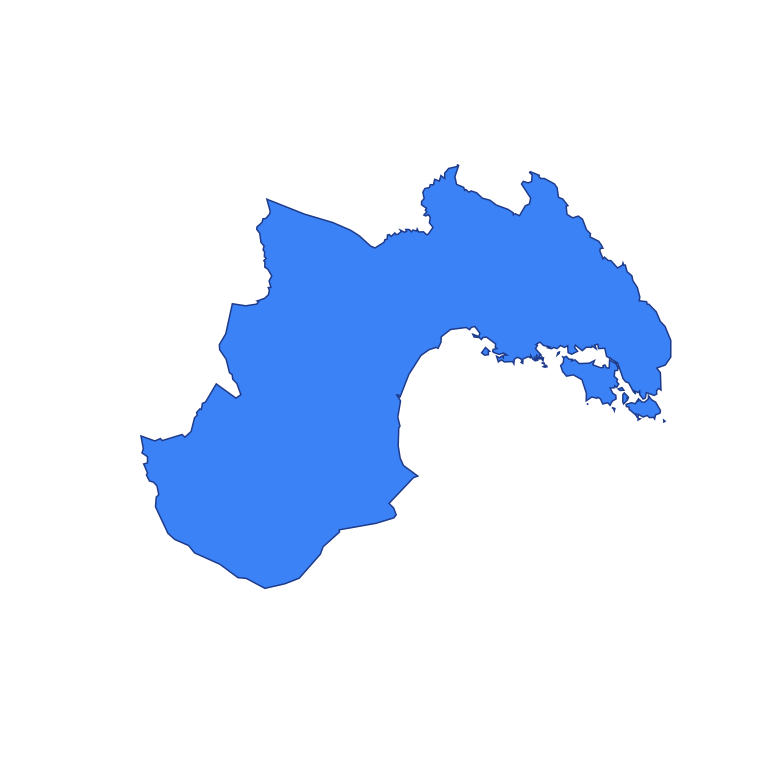 Pangasinan, Dagupan, Philippines, rotated 138°
{"feature_id": "2640588B43628149657030", "entity_name": "Pangasinan", "entity_type": "district", "adm_level": 2, "iso_a3": "PHL", "parent_name": "Philippines", "parent_adm1": "Dagupan", "projection": "natural_earth1", "projection_center": [119.981, 16.031], "detail": "fine", "context": "isolated", "style": "filled", "palette": "blue", "viewbox_px": 768, "rotation_deg": 138, "n_neighbors": 0, "source": "geoboundaries", "source_scale": "gbopen_adm2", "svg_char_len": 6189}
<svg xmlns="http://www.w3.org/2000/svg" viewBox="0 0 768 768"><g transform="rotate(138 384 384)"><path d="M462.5,278.6L459.8,285.4L460.2,291.9L424.8,294.7L420.5,293.0L424.1,310.4L421.6,318.1L414.8,328.6L402.5,341.4L400.3,342.0L396.0,350.1L383.1,360.3L381.8,367.3L380.4,365.9L381.9,364.2L380.8,363.6L359.1,374.5L337.4,380.5L327.7,379.4L320.7,376.3L320.0,374.3L313.7,376.9L309.9,380.8L298.1,380.0L285.1,371.0L284.0,367.1L281.1,367.7L278.0,365.9L278.8,357.5L281.9,355.9L284.7,361.5L285.6,358.7L282.1,354.8L281.9,351.9L279.3,352.4L276.4,350.2L274.2,339.1L276.6,337.0L276.4,334.8L279.8,336.7L281.5,335.4L280.9,333.9L281.7,334.7L278.7,329.0L274.5,327.1L273.3,323.4L276.2,325.6L277.8,323.7L277.9,326.0L280.6,326.2L281.8,329.3L284.2,323.9L280.7,323.5L279.7,319.8L273.4,314.6L274.0,312.1L270.6,315.2L267.1,314.7L265.5,311.6L265.9,308.8L267.7,308.3L267.1,306.5L264.0,309.6L258.5,307.8L257.6,305.6L255.9,307.1L256.8,303.0L256.1,300.1L255.0,299.3L255.8,300.6L254.5,303.2L252.0,302.3L250.4,303.8L253.7,300.8L254.2,301.1L254.1,298.2L252.8,301.4L252.2,300.0L248.5,301.3L247.9,299.7L247.8,308.8L244.1,310.1L244.6,311.7L240.0,310.8L239.7,306.0L236.0,300.7L238.0,301.3L235.9,298.1L233.4,297.6L231.8,294.6L227.0,294.4L225.4,290.4L221.9,289.6L226.2,284.1L224.6,280.5L218.2,278.8L218.0,283.7L215.7,284.7L214.4,276.1L209.0,276.0L205.2,272.3L203.8,273.1L202.8,268.2L201.2,272.1L198.5,270.4L200.9,266.8L196.0,262.8L200.1,255.6L198.9,251.9L197.9,252.4L198.8,251.8L196.3,243.3L202.7,228.1L203.0,224.1L201.4,221.1L203.8,211.4L203.7,208.1L202.4,211.2L200.9,207.6L198.7,207.8L201.1,204.8L201.5,199.4L199.3,198.7L194.8,202.1L190.9,194.8L188.1,194.0L186.1,196.5L182.8,197.0L182.2,194.2L171.0,207.5L170.7,213.4L162.3,209.9L152.9,212.1L141.7,224.5L136.6,238.8L136.8,245.5L133.4,255.5L133.8,266.1L135.0,267.0L133.8,269.5L138.6,275.0L135.6,277.6L131.2,286.2L129.9,294.3L127.4,298.5L128.2,304.9L125.1,310.9L126.2,311.7L125.4,314.0L127.1,312.8L132.8,313.9L132.8,323.7L134.8,325.9L135.3,330.8L137.5,330.4L134.5,338.6L132.5,340.0L130.5,338.4L129.7,341.0L128.9,346.3L132.5,355.5L130.0,357.5L130.3,363.1L126.2,373.7L127.3,378.8L132.6,381.2L134.5,387.6L129.7,394.2L128.0,393.5L127.4,401.8L129.4,406.0L124.0,414.1L123.5,418.8L127.2,429.2L129.9,431.9L130.2,434.3L129.0,435.2L133.2,443.9L134.3,443.7L134.0,440.2L138.8,435.7L142.3,437.0L144.9,441.4L148.0,440.6L150.6,424.1L155.4,420.5L159.8,421.9L170.7,418.4L172.6,422.7L174.6,423.1L173.4,424.7L175.0,430.8L180.8,441.8L182.3,449.7L186.6,456.3L187.2,464.2L190.1,469.2L192.6,469.8L193.0,473.8L194.5,474.0L193.2,476.8L196.5,483.8L192.6,490.6L182.3,496.5L182.8,497.6L184.1,496.7L191.7,500.9L197.8,500.1L201.4,496.1L202.2,500.8L207.0,497.8L209.4,502.2L214.0,498.9L216.2,501.2L218.8,499.6L222.8,501.9L226.8,500.5L230.1,494.9L233.9,494.5L236.2,492.1L234.8,486.1L236.9,485.6L237.0,483.3L241.3,482.9L240.6,481.0L237.6,480.1L238.2,476.8L242.4,473.4L242.8,467.6L251.0,465.7L252.5,466.6L252.8,470.6L256.5,473.8L255.6,477.0L257.4,475.9L259.5,479.1L261.8,478.7L261.9,481.9L264.4,484.3L264.9,482.5L267.1,482.9L268.9,487.4L269.2,485.7L273.2,485.9L275.2,487.1L274.9,489.0L279.9,488.9L280.1,491.6L281.7,492.4L285.0,489.4L286.6,490.7L289.2,489.3L299.6,491.1L301.7,495.5L303.2,510.6L305.9,520.5L314.0,538.2L329.4,563.4L347.4,599.7L353.0,588.5L355.3,586.8L361.1,586.1L363.4,587.8L366.5,585.7L373.4,585.7L375.1,584.0L375.5,579.1L380.6,571.7L380.8,566.8L384.1,564.6L384.3,562.1L387.6,558.8L387.5,556.2L390.9,556.0L390.7,554.5L394.4,550.6L393.5,547.0L395.1,539.4L400.4,537.5L403.4,531.5L405.5,533.1L406.4,530.4L410.3,527.6L415.5,527.6L422.7,530.6L422.1,529.1L425.2,528.6L434.4,534.6L443.0,545.1L468.0,527.2L480.1,523.4L483.2,519.4L484.7,508.1L491.3,495.7L490.6,492.5L493.2,488.8L493.0,482.9L497.5,471.8L503.5,472.6L508.6,496.3L528.7,490.0L531.9,491.1L536.8,487.3L537.5,488.7L542.4,488.2L543.8,485.8L547.5,485.6L559.1,477.8L567.5,477.7L567.9,481.6L586.6,490.3L586.7,493.1L592.4,495.0L599.4,508.0L606.1,497.0L610.0,494.7L608.4,488.2L612.6,483.6L616.1,485.4L619.3,476.0L621.4,475.4L623.2,468.9L621.0,465.3L620.9,460.2L625.4,452.5L629.0,452.3L636.0,445.6L644.5,417.5L643.5,408.4L637.3,394.7L637.8,385.2L626.6,359.9L622.1,337.8L616.5,331.8L609.2,311.8L591.2,301.8L576.9,296.4L545.2,300.1L538.2,303.8L516.1,303.8L514.8,305.6L483.1,285.8L466.2,277.9L462.5,278.6ZM230.3,216.9L225.8,218.5L221.6,217.6L219.3,220.4L220.2,223.9L218.7,229.7L215.1,226.9L213.7,228.3L213.2,225.9L209.6,226.9L209.6,230.1L207.3,231.2L207.8,235.6L203.5,239.5L201.4,237.9L199.4,239.0L198.1,243.8L200.3,250.9L206.0,245.2L207.8,247.1L207.1,250.3L208.8,251.1L210.0,249.6L212.2,251.2L216.0,258.6L211.9,260.6L217.5,262.1L225.3,268.6L225.9,274.1L229.2,275.6L227.5,276.2L230.0,278.8L230.0,282.6L232.6,283.3L233.2,285.5L232.9,283.1L236.6,279.8L240.4,279.5L242.9,273.8L243.1,267.7L237.2,264.1L234.0,254.8L239.8,241.7L245.0,236.2L238.3,235.3L235.4,231.0L234.1,231.2L233.1,228.1L234.8,222.8L230.2,220.3L230.3,216.9ZM206.3,176.9L203.0,179.3L198.3,177.7L196.3,179.3L194.3,188.7L195.7,193.4L195.3,198.4L197.6,196.0L202.5,196.1L204.3,197.9L204.8,202.5L206.9,200.8L206.2,202.3L210.4,201.2L212.7,204.6L217.8,206.8L219.0,205.1L217.3,202.8L218.8,201.2L217.7,193.2L217.1,193.4L216.6,192.7L217.6,192.9L218.2,189.0L215.2,191.0L213.5,186.0L209.5,184.5L209.2,181.3L206.1,179.0L206.3,176.9ZM219.3,208.9L213.9,209.2L212.9,211.5L212.8,209.8L211.2,210.5L211.4,216.6L213.6,216.3L218.5,210.9L219.3,208.9ZM286.8,335.9L285.0,338.2L283.6,337.6L284.1,343.2L290.6,341.9L289.9,338.0L286.8,335.9ZM209.9,218.9L209.5,222.1L213.3,223.6L212.9,221.2L209.9,218.9ZM250.3,294.9L248.1,296.7L250.0,297.3L250.3,294.9ZM219.3,187.2L216.9,186.7L218.1,188.4L219.3,187.2ZM235.9,289.6L233.1,289.6L232.2,290.4L233.7,291.0L235.9,289.6ZM230.7,210.0L228.8,211.3L230.4,214.0L229.9,212.0L230.7,210.0ZM251.0,298.1L250.7,299.3L252.6,299.5L251.0,298.1ZM201.4,168.5L200.0,168.3L200.3,170.0L201.4,168.5ZM252.7,294.3L251.5,291.4L251.0,292.4L252.7,294.3ZM250.3,298.7L248.1,298.0L249.2,299.0L250.3,298.7ZM197.2,245.8L197.4,243.8L197.3,243.7L197.2,245.8ZM253.7,289.6L252.1,290.0L254.1,290.4L253.7,289.6ZM251.2,290.0L251.5,287.0L251.0,289.0L251.2,290.0ZM246.0,232.8L245.9,233.6L246.6,232.2L246.0,232.8ZM253.7,288.8L252.1,288.4L252.0,288.7L253.7,288.8Z" fill="#3b82f6" stroke="#1e3a8a" stroke-width="1.5"/></g></svg>